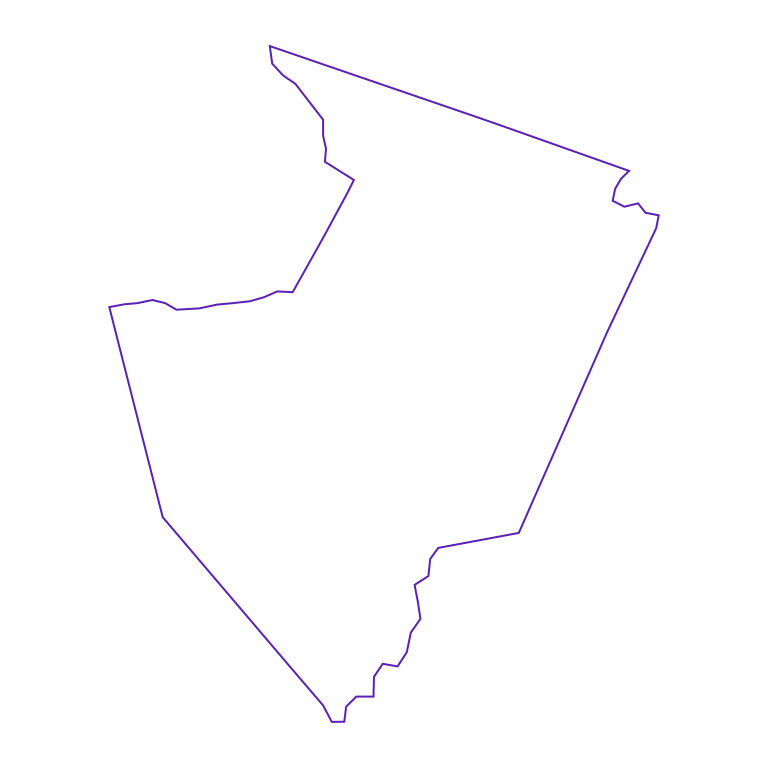 Jacaré dos Homens, Alagoas, Brazil (Robinson projection)
{"feature_id": "56859067B13186483981392", "entity_name": "Jacaré dos Homens", "entity_type": "district", "adm_level": 2, "iso_a3": "BRA", "parent_name": "Brazil", "parent_adm1": "Alagoas", "projection": "robinson", "projection_center": [-37.229, -9.654], "detail": "fine", "context": "isolated", "style": "outline", "palette": "violet", "viewbox_px": 768, "rotation_deg": 0, "n_neighbors": 0, "source": "geoboundaries", "source_scale": "gbopen_adm2", "svg_char_len": 807}
<svg xmlns="http://www.w3.org/2000/svg" viewBox="0 0 768 768"><path d="M656.2,228.2L658.7,215.3L645.5,212.8L638.1,203.4L624.3,206.7L612.7,200.8L615.2,188.7L621.0,178.8L629.0,170.9L502.3,126.0L483.5,119.4L269.8,46.1L272.2,63.6L282.9,75.3L295.4,83.9L323.1,119.7L323.1,135.6L326.0,148.8L324.9,161.8L353.9,180.0L347.0,193.7L323.8,236.6L292.7,292.2L277.3,291.4L264.0,297.2L249.7,301.3L233.2,303.1L217.1,304.6L199.3,308.4L176.5,309.7L165.1,303.1L152.4,300.0L137.7,303.1L124.3,304.3L109.3,307.1L162.7,517.2L292.1,669.2L323.1,705.4L331.8,721.9L344.3,721.7L346.1,706.7L356.3,696.6L373.5,696.6L374.0,676.8L382.7,663.8L397.6,666.4L406.8,652.2L410.8,632.6L420.4,618.9L418.1,603.2L414.6,584.9L428.4,576.0L430.2,559.0L438.2,547.9L518.8,532.9L607.1,332.2L656.2,228.2Z" fill="none" stroke="#5b21b6" stroke-width="2"/></svg>